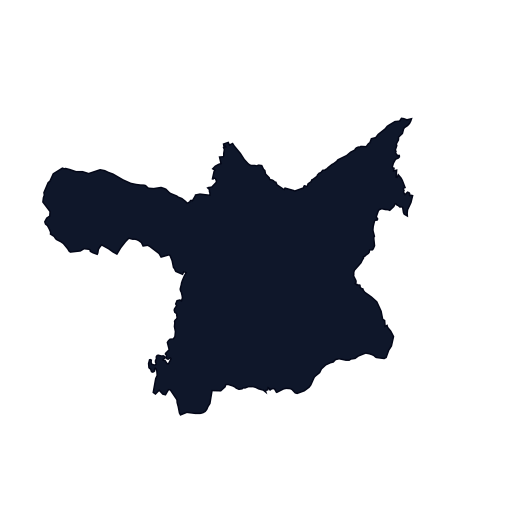 Cristuru Secuiesc, Harghita, Romania (Mercator projection), rotated 342°
{"feature_id": "2599482B57378647357474", "entity_name": "Cristuru Secuiesc", "entity_type": "district", "adm_level": 2, "iso_a3": "ROU", "parent_name": "Romania", "parent_adm1": "Harghita", "projection": "mercator", "projection_center": [25.043, 46.281], "detail": "fine", "context": "isolated", "style": "filled", "palette": "ink", "viewbox_px": 512, "rotation_deg": 342, "n_neighbors": 0, "source": "geoboundaries", "source_scale": "gbopen_adm2", "svg_char_len": 6141}
<svg xmlns="http://www.w3.org/2000/svg" viewBox="0 0 512 512"><g transform="rotate(342 256 256)"><path d="M446.3,173.5L441.6,173.1L438.9,171.0L436.9,170.0L434.2,172.1L429.7,171.1L423.1,172.6L420.9,173.2L418.2,175.0L409.8,178.1L406.5,180.4L402.0,180.1L399.3,183.5L397.7,183.9L394.6,186.1L389.6,184.2L388.0,184.5L387.0,184.0L384.9,184.2L383.8,184.7L382.6,185.8L378.1,186.5L373.3,188.5L363.8,189.8L362.8,190.3L362.6,190.7L358.3,192.2L356.7,192.4L352.1,194.1L349.9,195.2L348.9,195.2L348.0,195.7L346.0,195.1L343.5,196.7L341.6,196.8L339.5,198.0L338.6,199.1L333.6,200.8L332.7,200.8L331.3,202.4L327.9,203.4L326.5,205.3L325.8,205.7L323.9,204.2L323.2,204.4L322.3,205.9L312.8,206.2L312.1,205.4L304.6,200.4L303.4,201.5L302.9,201.2L297.9,194.8L297.7,192.0L296.3,191.1L296.0,190.0L294.9,188.8L292.7,187.5L292.7,185.6L290.4,181.0L290.8,177.4L289.9,175.9L289.4,171.8L286.6,170.4L284.3,170.5L282.8,169.5L279.4,168.4L278.1,167.4L276.9,165.6L274.6,160.5L272.8,153.6L269.2,144.5L268.5,141.8L265.0,142.3L264.7,139.4L259.7,139.5L259.4,141.8L260.7,141.8L260.9,143.0L258.7,142.8L258.8,145.0L257.0,148.5L256.2,151.0L255.5,151.5L251.9,150.6L251.3,157.3L248.8,157.3L245.0,158.0L241.8,159.7L243.6,161.7L242.3,162.6L238.4,169.2L238.9,169.5L240.5,169.1L241.4,169.8L241.4,171.3L241.7,171.6L241.1,173.6L235.2,176.8L231.9,176.2L231.1,176.3L232.2,178.3L231.6,180.5L231.7,181.9L230.9,184.0L221.8,179.8L217.3,179.3L216.8,180.1L212.6,183.8L211.4,183.0L210.8,183.1L209.7,184.1L206.9,184.6L205.8,182.3L203.2,178.4L200.1,175.9L199.2,174.5L194.1,170.2L193.2,169.1L190.9,164.6L189.5,163.4L186.9,161.5L179.5,160.3L174.9,158.4L174.3,157.9L172.7,154.9L171.3,154.0L168.0,152.8L164.0,150.9L159.3,148.2L153.1,142.6L145.3,133.9L141.3,130.8L138.5,128.1L134.4,125.8L122.3,125.9L117.1,122.2L110.9,120.2L105.7,116.3L101.9,113.9L100.7,113.9L99.0,112.6L88.6,115.2L83.2,121.1L81.0,122.0L73.9,130.2L73.5,132.7L71.8,134.9L70.0,138.8L73.9,150.1L72.2,154.3L68.7,155.3L65.7,158.2L65.7,160.6L67.1,162.7L67.7,166.1L68.0,169.2L67.9,170.5L67.3,171.6L70.1,175.0L70.8,177.6L71.5,178.8L74.9,182.2L76.7,184.6L79.2,191.0L79.8,193.7L80.7,194.9L90.5,196.9L94.7,195.9L99.3,198.0L100.2,199.2L99.9,200.4L101.9,202.5L105.5,205.3L106.5,204.2L108.0,201.2L109.7,199.6L112.6,197.7L118.1,203.6L121.2,207.9L124.3,211.2L129.8,206.4L136.3,202.0L140.1,200.0L140.6,199.8L143.9,201.9L145.6,202.4L147.3,203.3L149.1,204.9L151.2,207.8L151.7,211.6L156.2,212.3L157.9,214.0L164.6,223.7L165.4,227.7L173.7,228.0L174.4,228.9L174.8,234.5L174.0,241.4L174.7,243.2L174.7,244.5L175.0,245.9L180.5,250.7L182.4,248.6L184.5,250.2L181.6,252.9L178.4,256.6L176.7,258.9L176.8,259.1L173.7,264.0L173.5,265.8L173.8,267.4L173.5,270.8L173.2,272.7L172.4,274.2L171.9,274.7L171.4,275.6L171.0,275.5L170.0,274.3L167.1,274.1L164.8,276.8L165.2,278.7L162.1,281.2L161.5,282.2L161.4,284.4L162.3,285.6L162.7,287.0L162.2,288.2L162.1,289.9L161.1,291.3L159.4,292.0L158.4,292.9L158.1,294.6L156.6,297.9L156.0,303.0L154.0,307.6L151.7,309.4L148.5,308.6L146.5,309.6L145.0,310.8L144.5,318.3L139.8,320.7L139.6,321.5L140.3,322.4L139.3,324.9L139.5,326.2L140.5,327.0L142.3,326.4L143.2,326.5L143.4,327.4L143.0,328.0L139.8,331.1L139.0,331.5L138.2,330.9L137.1,327.1L135.9,326.8L135.4,326.4L135.7,325.6L136.5,325.1L137.7,325.1L138.0,324.5L138.0,323.4L137.0,322.3L135.3,322.0L132.3,320.1L131.2,320.1L130.2,320.8L129.8,321.7L129.7,322.7L128.0,324.6L127.6,326.0L127.8,327.5L127.1,328.3L125.8,328.4L123.4,326.8L123.4,324.5L124.3,322.7L123.5,321.9L122.7,321.8L120.6,325.1L119.7,329.1L120.1,330.1L120.8,330.7L120.9,333.7L121.6,334.4L122.8,334.5L124.0,334.0L124.8,332.0L125.5,331.6L126.1,332.8L126.2,334.5L125.1,339.1L122.8,341.5L116.1,354.0L117.7,356.2L122.4,353.7L124.7,358.6L127.0,360.0L131.4,356.1L133.1,356.7L136.4,368.3L135.7,371.1L135.5,375.3L134.7,381.7L135.1,383.8L141.9,383.3L149.6,386.9L154.6,388.5L157.2,388.6L159.6,388.1L161.7,386.7L163.8,384.3L166.6,382.0L172.6,370.4L180.8,373.3L186.1,370.9L187.4,369.1L187.8,369.0L189.9,369.6L193.8,372.4L195.5,374.1L196.4,375.6L198.6,377.5L201.7,378.0L203.3,377.4L204.7,378.1L208.4,377.9L212.8,379.3L215.1,380.8L217.5,383.2L221.5,385.8L223.3,388.6L223.3,387.2L224.2,386.8L225.8,386.9L226.9,385.0L227.7,386.1L227.7,387.2L228.0,387.8L230.0,387.1L232.3,387.8L232.6,388.3L233.3,391.8L233.6,392.1L241.2,390.9L243.9,391.2L247.6,392.7L249.0,394.0L251.0,398.3L252.7,399.4L260.3,399.1L265.9,397.2L268.2,395.6L273.9,389.3L275.4,388.5L280.5,386.5L283.3,383.6L288.7,381.1L293.8,380.5L296.7,380.7L299.6,379.1L303.3,379.4L309.2,382.8L312.4,383.9L314.3,383.3L318.6,384.0L322.5,382.7L330.3,382.2L333.6,384.0L335.8,385.6L337.4,387.1L338.5,389.1L339.3,389.8L346.2,393.1L348.4,392.7L353.1,386.6L357.0,383.4L361.9,375.1L360.9,369.1L359.1,364.5L359.2,362.5L357.0,362.9L358.4,357.1L356.9,355.3L357.9,347.2L356.7,336.9L353.1,330.7L348.2,324.1L347.1,320.9L347.5,320.7L347.4,320.2L346.7,320.0L345.4,318.2L345.8,315.9L345.3,315.5L343.1,314.8L343.3,314.3L342.0,313.4L341.8,312.7L342.8,312.3L342.7,311.7L343.3,311.1L343.4,310.2L342.6,304.8L343.1,304.3L343.9,301.8L345.1,300.0L353.7,294.9L355.9,292.6L357.5,291.3L357.8,289.9L359.1,290.0L360.6,289.2L363.7,288.2L364.8,287.4L365.9,285.3L368.7,286.1L369.8,285.3L371.9,282.9L373.4,275.9L373.9,274.5L374.7,273.9L375.0,268.7L375.3,267.2L376.6,264.1L379.6,259.2L380.6,258.8L382.2,259.3L383.1,258.4L383.1,257.8L382.5,256.5L382.7,255.6L386.4,250.7L387.8,250.0L390.3,249.9L393.4,251.8L396.0,252.8L397.3,253.9L402.3,251.5L404.6,249.3L405.5,250.0L405.8,251.1L406.9,252.0L408.1,254.0L409.0,253.8L410.5,255.0L409.7,260.2L409.9,262.0L412.3,264.7L413.0,262.0L414.4,258.9L419.9,253.0L423.6,247.0L421.8,245.9L420.9,246.0L420.8,245.2L421.4,243.9L421.0,243.0L419.8,242.1L416.7,243.7L416.4,243.0L416.1,240.9L416.4,240.1L417.0,239.5L416.8,237.7L418.2,236.8L418.9,236.9L418.5,229.3L418.0,226.6L416.4,222.7L414.5,224.9L413.6,224.3L416.3,217.8L413.1,217.6L414.4,215.2L413.2,214.3L413.2,213.3L415.4,210.1L418.2,207.5L418.7,207.1L421.7,206.8L423.0,206.0L423.3,204.9L423.2,204.5L421.4,204.4L421.4,203.5L420.5,201.2L421.5,199.7L421.2,198.3L424.0,194.5L423.9,193.4L424.7,192.1L427.3,189.7L428.4,186.9L433.1,184.7L435.6,180.8L436.8,179.8L440.4,178.8L442.9,177.4L444.9,175.4L446.3,173.5Z" fill="#0f172a" stroke="#020617" stroke-width="1.5"/></g></svg>